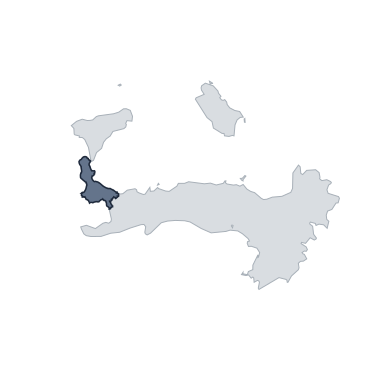 Calabria, Catanzaro, Italy (highlighted), rotated 136°
{"feature_id": "23120603B55310757134450", "entity_name": "Calabria", "entity_type": "district", "adm_level": 2, "iso_a3": "ITA", "parent_name": "Italy", "parent_adm1": "Catanzaro", "projection": "orthographic", "projection_center": [16.268, 39.03], "detail": "fine", "context": "in_parent", "style": "filled", "palette": "slate", "viewbox_px": 384, "rotation_deg": 136, "n_neighbors": 0, "source": "geoboundaries", "source_scale": "gbopen_adm2", "svg_char_len": 8698}
<svg xmlns="http://www.w3.org/2000/svg" viewBox="0 0 384 384"><g transform="rotate(136 192 192)"><path d="M94.4,82.7L96.1,84.0L103.5,82.3L107.7,84.1L111.5,82.1L114.1,78.7L113.9,75.9L120.0,72.0L120.1,77.0L123.0,80.7L126.0,81.8L125.1,83.7L127.7,88.1L129.0,87.9L129.5,87.1L129.0,83.6L133.9,77.1L134.5,72.5L135.3,72.0L137.4,72.5L138.8,77.0L146.0,76.2L148.2,79.7L149.4,79.1L148.0,73.2L149.0,70.4L151.0,70.0L152.2,71.5L154.9,72.0L155.1,70.3L154.5,69.1L155.9,64.2L159.9,64.9L162.2,66.8L165.0,66.9L167.7,63.1L169.6,62.2L178.8,62.5L185.7,60.4L186.2,60.9L184.9,62.8L185.2,64.0L188.9,70.0L211.5,75.4L211.1,76.8L206.1,80.3L205.7,81.7L206.4,83.0L210.0,83.9L207.3,87.3L207.3,88.6L209.3,88.9L208.9,93.1L211.2,94.4L213.8,98.2L211.1,98.8L212.2,97.8L209.6,94.1L206.7,95.6L202.2,93.9L199.0,97.1L188.2,101.0L190.1,99.1L189.4,99.0L185.4,101.4L184.3,106.5L187.0,111.7L189.2,113.6L188.0,116.6L186.6,117.7L184.7,116.8L184.0,119.5L184.7,126.9L186.1,132.2L191.1,138.1L195.0,140.1L206.6,149.3L210.7,159.3L214.2,171.8L217.3,176.5L223.8,183.2L229.8,188.1L235.4,191.2L250.4,191.2L254.1,192.3L254.6,194.4L253.9,195.8L249.4,199.2L249.1,202.0L251.3,203.9L261.5,209.0L272.0,213.3L279.1,218.8L288.4,223.3L295.7,230.3L298.4,234.1L298.9,237.0L297.3,242.1L296.3,244.2L291.1,241.4L286.9,232.8L277.8,231.4L275.1,230.0L273.6,227.4L270.7,227.1L268.8,228.5L263.8,236.7L261.2,243.7L261.0,246.5L262.5,249.3L266.9,250.8L272.6,255.7L272.8,261.9L273.9,265.4L272.4,267.4L269.5,266.9L265.7,268.2L263.0,270.4L261.8,272.6L261.6,280.3L256.4,284.4L251.9,292.1L245.3,292.2L243.7,289.7L243.7,286.2L244.8,284.0L247.3,283.0L248.9,278.4L248.4,275.1L249.4,273.7L254.7,271.5L255.0,266.9L252.9,264.8L251.3,256.5L245.0,240.4L242.9,238.8L237.3,238.3L230.7,233.9L230.3,232.1L231.4,230.4L230.7,228.1L228.7,224.0L227.3,223.0L219.1,224.6L221.5,221.4L218.7,219.2L213.6,219.1L213.7,217.7L210.3,211.0L208.0,208.3L198.8,206.7L195.8,207.7L191.4,203.4L187.3,201.7L177.4,189.3L172.6,185.6L169.7,180.2L163.5,176.5L160.6,177.1L159.9,176.4L161.5,175.5L161.3,173.5L157.4,168.2L155.0,166.4L153.5,162.9L150.0,161.9L150.5,156.0L149.4,151.7L147.4,148.0L146.6,139.4L145.8,136.9L143.3,134.9L137.8,132.5L130.3,126.4L121.2,123.1L117.2,124.7L106.2,135.6L96.7,137.4L96.7,135.0L100.8,129.8L100.3,127.7L94.5,127.9L87.6,122.1L87.1,117.7L89.7,113.7L91.0,112.9L90.7,110.0L86.5,107.2L85.1,103.4L85.1,102.1L86.3,101.6L88.9,102.1L93.4,99.9L95.0,96.5L89.8,86.9L90.3,85.1L94.4,82.7ZM187.3,140.3L187.7,138.1L185.7,139.4L186.2,140.5L187.3,140.3ZM243.5,283.9L235.5,296.0L232.7,304.2L233.0,307.3L235.2,309.6L234.1,310.5L236.5,314.4L236.5,315.5L232.8,319.8L232.7,323.6L225.9,323.0L220.4,320.6L217.7,316.2L215.6,314.3L213.3,312.8L208.5,312.7L206.4,311.8L194.0,302.7L189.2,300.3L183.5,299.4L181.4,297.5L179.7,293.6L182.2,287.8L186.0,284.7L189.2,288.5L192.1,287.4L192.3,286.2L194.4,284.8L197.0,284.9L206.8,290.5L212.0,289.1L216.7,289.8L221.1,289.2L226.7,286.2L233.3,286.7L240.8,283.2L243.5,283.9ZM129.7,213.3L132.2,223.1L128.7,228.7L129.5,235.1L125.1,256.4L123.6,256.9L115.4,253.8L114.4,258.7L113.1,260.6L111.3,261.7L106.8,261.0L103.0,253.6L103.2,246.6L104.3,244.7L104.7,240.7L106.5,240.6L106.8,237.9L106.0,236.3L104.3,235.7L104.6,232.6L106.0,230.4L106.4,226.3L104.6,220.9L101.8,216.8L103.1,210.3L105.6,212.2L109.5,212.5L114.4,210.4L122.8,203.2L123.7,204.7L126.8,206.3L129.6,209.8L128.3,211.9L129.7,213.3ZM147.6,164.5L148.1,166.1L147.8,168.2L146.3,166.9L142.5,167.1L142.2,166.0L146.8,165.4L147.6,164.5ZM103.8,257.2L102.5,259.6L101.6,256.2L101.8,255.8L103.8,257.2ZM105.8,205.8L103.8,208.3L102.9,208.2L105.4,205.2L105.8,205.8ZM170.9,320.1L168.6,319.4L168.6,318.1L170.4,318.4L170.9,320.1ZM212.0,220.9L210.2,221.6L210.3,220.3L212.0,220.9Z" fill="#d9dde1" stroke="#a8b0b8" stroke-width="1"/><path d="M246.2,242.0L246.6,242.8L246.7,243.2L246.7,243.3L246.8,243.4L246.9,243.6L246.8,243.9L246.6,243.9L246.4,244.3L246.6,244.4L246.5,244.5L246.7,244.8L246.9,245.8L247.2,246.9L247.2,247.2L247.1,247.3L247.3,248.0L247.3,248.3L247.6,248.5L247.8,249.5L248.0,249.7L248.1,250.1L248.2,250.7L248.5,251.5L249.0,251.8L249.2,252.1L249.3,252.1L249.2,252.0L249.4,252.1L249.8,252.7L250.1,253.3L250.5,253.7L250.8,254.3L251.5,256.4L251.6,256.6L251.7,257.5L251.9,257.9L252.2,262.0L252.3,262.5L252.4,263.0L252.5,263.0L252.8,264.6L253.1,265.1L253.4,265.4L253.9,266.6L254.2,266.7L254.7,267.1L255.0,267.2L255.1,267.3L255.2,267.8L255.2,269.3L255.0,270.2L254.5,271.6L254.4,271.8L253.9,272.1L253.8,272.3L253.5,272.5L253.4,272.5L253.3,272.4L253.4,272.5L253.2,272.6L253.3,272.3L252.9,272.7L252.3,272.5L251.9,272.4L251.7,272.4L251.2,272.3L250.9,272.4L250.5,272.4L250.2,272.6L250.0,273.0L249.8,273.2L249.6,273.2L249.0,273.4L248.9,273.4L248.9,273.5L248.9,273.4L248.8,273.5L248.7,273.4L248.5,273.6L248.3,273.6L247.8,274.0L247.6,274.3L247.4,274.9L247.4,275.0L247.6,275.1L247.8,275.2L247.8,275.3L248.0,275.4L248.2,275.7L248.4,275.8L248.5,276.0L248.8,276.4L249.4,276.8L249.4,277.2L249.0,278.6L248.8,279.2L248.6,279.4L248.6,279.6L248.3,280.0L248.0,280.7L248.0,280.8L248.0,281.0L247.8,281.1L247.8,281.3L247.6,281.4L247.5,281.6L247.5,281.8L247.4,282.1L247.4,282.4L247.1,282.9L247.2,283.0L246.7,283.6L245.8,284.1L245.4,284.2L245.2,284.2L245.0,284.3L244.9,284.2L244.7,284.3L244.4,284.4L244.2,284.6L243.5,284.8L243.5,285.0L243.4,285.1L243.5,285.3L243.5,285.9L243.7,286.0L243.6,286.3L243.9,286.8L243.8,287.0L243.8,287.3L243.8,287.6L243.8,287.4L243.8,287.5L243.4,288.0L243.4,288.3L243.5,288.7L243.8,288.9L243.8,289.2L243.9,289.6L243.8,289.9L243.5,290.1L243.5,290.4L243.7,290.8L244.3,291.8L244.7,291.9L244.9,292.2L245.2,292.3L245.4,292.5L245.7,292.5L246.0,292.7L246.6,292.7L247.0,292.6L247.6,292.7L248.3,292.5L249.2,292.4L249.4,292.5L249.5,292.5L249.9,292.7L250.7,292.8L251.2,292.6L251.5,292.6L252.0,292.5L252.7,291.7L253.2,290.9L253.6,289.9L253.6,289.6L253.7,289.2L253.9,288.2L254.0,287.4L254.1,287.2L254.6,286.7L255.8,285.1L256.5,284.1L256.9,283.7L257.1,283.4L257.4,283.1L258.0,282.9L259.1,282.4L259.3,282.4L259.3,282.5L260.0,282.1L260.8,281.4L262.1,279.9L262.3,279.2L262.3,278.8L262.2,277.9L262.1,277.1L262.1,276.4L262.0,275.5L261.9,275.0L261.8,274.3L261.8,273.5L261.7,273.2L261.4,272.9L261.3,272.7L261.5,272.3L261.8,271.9L261.8,271.7L262.0,271.6L262.0,271.3L262.7,270.1L263.1,269.8L263.3,269.7L263.3,269.8L265.5,268.3L266.3,267.9L267.3,267.5L268.2,267.2L269.6,266.9L270.1,266.9L270.4,267.1L270.6,267.5L270.9,267.6L271.0,267.7L271.3,267.4L272.1,267.5L272.3,267.7L272.2,268.0L272.3,268.0L272.4,267.9L272.5,267.9L272.4,267.8L272.5,267.7L273.4,266.7L273.6,266.6L273.8,266.5L273.8,266.4L273.6,266.1L273.6,265.9L273.7,265.7L273.7,265.4L274.0,264.9L274.5,264.8L274.5,264.6L274.3,264.6L274.2,264.5L273.8,264.5L273.3,264.1L273.1,263.8L273.0,263.6L273.0,263.4L273.1,263.1L272.9,262.9L273.1,263.2L272.9,263.2L272.7,263.1L272.9,263.0L272.7,263.0L272.6,262.6L272.6,262.2L272.7,261.6L273.2,260.5L273.3,260.1L273.2,259.9L272.9,259.6L272.5,258.9L272.5,258.6L272.6,258.0L272.5,257.6L272.6,257.2L273.0,256.3L273.0,255.8L273.4,255.2L272.6,255.1L271.9,254.7L271.5,254.3L271.1,253.9L270.8,253.1L269.6,252.8L269.3,252.7L269.2,252.6L269.3,252.6L268.7,252.3L268.4,252.1L267.8,251.8L267.7,251.6L267.1,251.2L266.9,250.9L266.8,250.5L265.9,249.7L265.6,249.6L265.1,249.8L264.3,249.7L263.0,249.7L262.5,249.5L261.9,249.2L261.3,248.8L261.1,248.5L261.2,248.4L261.1,248.5L261.1,248.4L261.1,248.0L261.2,247.1L260.7,246.8L260.5,246.4L260.4,246.1L260.3,245.6L260.4,245.2L260.7,244.5L261.0,244.0L261.3,243.4L261.9,242.7L262.2,242.4L262.6,241.9L262.9,241.4L263.0,241.2L262.9,240.7L262.7,239.7L262.5,239.2L262.6,238.7L262.6,238.1L262.9,237.6L263.4,237.2L263.1,237.0L263.0,236.9L262.9,236.8L262.6,236.9L262.2,236.7L262.0,236.9L261.8,236.9L261.6,236.9L261.4,237.0L261.2,237.2L260.9,236.9L260.6,236.9L260.5,237.0L260.0,236.8L259.6,236.7L259.3,236.9L259.2,236.7L259.0,236.9L258.8,237.1L259.0,237.4L258.9,237.9L258.9,238.0L258.8,238.3L258.7,238.6L258.5,238.9L258.5,239.1L258.6,239.7L258.5,239.9L258.5,240.1L258.1,240.5L257.9,240.9L257.9,241.2L257.8,241.3L257.6,241.4L257.5,241.7L257.4,241.8L257.6,242.1L257.9,242.2L257.8,242.6L257.7,242.7L257.5,242.4L257.4,242.4L256.9,241.8L256.4,241.9L256.1,241.8L255.8,241.9L255.4,242.1L255.2,242.0L255.1,242.8L254.8,242.7L254.5,242.4L254.0,242.2L253.8,242.3L253.6,242.6L253.2,242.5L252.9,242.5L252.7,242.6L252.5,242.8L252.0,242.7L251.8,242.8L251.8,242.7L251.7,242.4L251.2,242.0L251.3,241.8L251.1,241.6L251.0,241.2L251.3,240.8L251.4,240.7L251.6,240.6L251.5,240.3L251.1,240.2L251.0,240.3L250.7,240.5L250.3,240.3L249.5,240.1L249.4,240.1L249.4,240.3L249.2,240.4L249.2,240.5L248.9,240.6L248.8,240.3L248.5,240.2L248.4,240.5L248.3,240.3L248.1,240.2L247.8,240.1L247.7,240.0L247.4,240.1L247.3,240.3L247.2,240.5L246.9,240.8L246.5,241.1L246.4,241.9L246.2,242.0ZM246.5,243.3L246.4,243.4L246.6,243.4L246.5,243.3Z" fill="#64748b" stroke="#1e293b" stroke-width="1.5"/></g></svg>